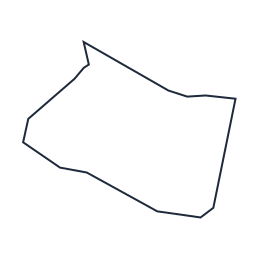 Ljubno, Mercator projection, rotated 100°
{"feature_id": "SVN-963", "entity_name": "Ljubno", "entity_type": "Municipality", "adm_level": 1, "iso_a3": "SVN", "parent_name": "Slovenia", "parent_adm1": "", "projection": "mercator", "projection_center": [14.843, 46.37], "detail": "fine", "context": "isolated", "style": "outline", "palette": "slate", "viewbox_px": 256, "rotation_deg": 100, "n_neighbors": 0, "source": "natural_earth", "source_scale": "10m", "svg_char_len": 342}
<svg xmlns="http://www.w3.org/2000/svg" viewBox="0 0 256 256"><g transform="rotate(100 128 128)"><path d="M191.8,30.1L203.5,41.0L205.0,84.7L179.0,160.9L178.8,188.1L160.3,228.8L136.3,227.8L88.8,189.2L76.4,182.0L72.3,177.6L51.0,186.6L84.1,94.7L86.8,75.1L82.5,57.2L80.5,27.2L191.8,30.1Z" fill="none" stroke="#1e293b" stroke-width="2"/></g></svg>